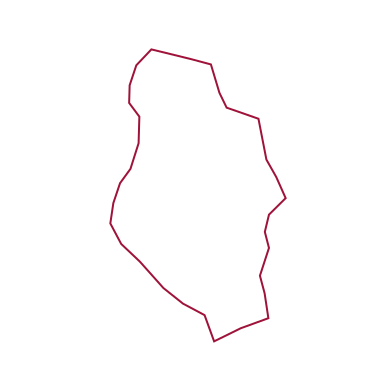 outline of Arediou, Nicosia, Cyprus, rotated 340°
{"feature_id": "46923920B85214629039335", "entity_name": "Arediou", "entity_type": "district", "adm_level": 2, "iso_a3": "CYP", "parent_name": "Cyprus", "parent_adm1": "Nicosia", "projection": "orthographic", "projection_center": [33.205, 35.051], "detail": "fine", "context": "isolated", "style": "outline", "palette": "rose", "viewbox_px": 384, "rotation_deg": 340, "n_neighbors": 0, "source": "geoboundaries", "source_scale": "gbopen_adm2", "svg_char_len": 543}
<svg xmlns="http://www.w3.org/2000/svg" viewBox="0 0 384 384"><g transform="rotate(340 192 192)"><path d="M202.6,44.1L183.0,53.9L169.9,70.4L163.4,86.8L168.3,103.2L158.5,127.9L142.1,149.2L127.4,159.1L114.3,175.5L104.5,193.6L107.7,216.6L119.2,239.6L132.3,272.5L145.4,293.9L161.7,312.0L161.7,339.9L191.2,336.7L220.6,336.7L225.6,312.0L227.2,293.9L245.2,270.9L246.8,254.4L256.6,239.6L277.9,229.8L276.3,206.8L273.0,187.0L279.5,145.9L253.4,124.6L251.7,108.1L253.4,78.6L237.0,67.1L202.6,44.1Z" fill="none" stroke="#9f1239" stroke-width="2"/></g></svg>